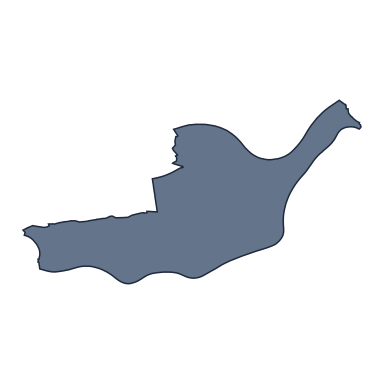 outline of Maasdriel, Gelderland, Netherlands
{"feature_id": "6326949B49943230563567", "entity_name": "Maasdriel", "entity_type": "district", "adm_level": 2, "iso_a3": "NLD", "parent_name": "Netherlands", "parent_adm1": "Gelderland", "projection": "robinson", "projection_center": [5.28, 51.786], "detail": "fine", "context": "isolated", "style": "filled", "palette": "slate", "viewbox_px": 384, "rotation_deg": 0, "n_neighbors": 0, "source": "geoboundaries", "source_scale": "gbopen_adm2", "svg_char_len": 5733}
<svg xmlns="http://www.w3.org/2000/svg" viewBox="0 0 384 384"><path d="M68.8,269.8L70.4,269.3L74.4,268.1L78.5,267.0L80.5,266.6L82.5,266.3L84.5,266.2L86.5,266.2L88.6,266.2L90.6,266.4L92.6,266.7L94.6,267.2L96.6,267.7L98.6,268.3L100.7,269.0L102.7,269.9L104.7,270.9L106.7,271.9L108.7,273.1L110.8,274.4L112.8,275.9L116.8,279.1L118.8,280.5L120.9,281.7L122.9,282.6L124.9,283.3L126.9,283.6L129.0,283.7L131.0,283.4L133.0,282.8L135.0,282.2L137.0,281.4L139.0,280.3L141.0,279.1L143.1,277.7L145.1,276.5L147.1,275.3L149.1,274.5L151.1,273.8L153.1,273.3L155.2,273.0L157.2,272.7L161.2,272.3L163.2,272.1L167.3,272.1L169.3,272.1L171.3,272.2L173.3,272.4L175.3,272.7L177.4,273.1L179.4,273.8L181.4,274.6L185.4,276.4L187.5,277.2L189.5,277.7L191.5,278.0L193.5,278.2L195.5,278.0L197.5,277.7L199.6,277.2L201.6,276.4L203.6,275.4L209.6,272.0L213.7,269.7L215.7,268.6L221.7,264.9L223.8,263.8L225.8,262.8L229.8,260.9L236.6,258.2L237.9,257.7L241.9,256.1L243.9,255.4L252.0,252.6L256.0,251.2L264.1,248.7L268.1,247.4L270.2,246.6L272.2,245.8L274.2,244.9L276.2,243.7L277.7,242.4L279.3,240.9L280.6,239.3L281.7,237.7L282.6,236.1L283.1,234.5L283.5,232.9L283.6,231.4L283.7,229.8L283.3,223.4L283.3,221.9L283.3,218.7L283.4,217.1L283.5,215.5L283.7,213.9L284.2,210.8L284.5,209.2L284.9,207.6L285.3,206.0L285.7,204.4L286.2,202.8L287.3,199.7L287.9,198.1L288.6,196.5L289.3,194.9L290.1,193.3L290.9,191.8L292.7,188.6L294.7,185.4L295.8,183.8L298.1,180.7L299.4,179.1L300.8,177.5L303.6,174.3L305.0,172.8L307.4,169.6L308.5,168.0L309.6,166.4L310.8,164.8L311.9,163.2L312.9,161.7L314.1,160.1L315.4,158.5L316.8,156.9L318.3,155.3L319.9,153.7L321.8,152.2L323.6,150.5L327.2,147.4L329.0,145.8L330.6,144.2L332.0,142.7L333.2,141.1L334.4,139.5L335.3,137.9L337.9,133.2L339.1,131.6L340.7,129.8L342.8,128.6L344.8,127.7L346.8,127.2L348.8,126.9L350.8,126.8L352.9,126.9L354.9,127.3L356.9,128.0L358.9,129.0L359.1,129.1L360.3,128.0L360.9,127.1L361.0,126.8L360.8,125.9L360.7,125.6L360.5,125.1L360.3,124.8L359.7,124.3L359.6,124.0L359.3,123.5L359.2,122.7L359.3,122.6L356.6,121.2L353.7,118.8L351.5,116.5L351.2,116.6L351.0,116.4L350.2,115.3L349.2,114.1L348.9,113.5L348.6,113.0L348.5,112.5L348.3,112.0L348.2,111.6L348.2,111.4L348.2,111.0L348.1,108.9L347.7,108.9L347.0,108.9L346.9,108.9L346.9,109.0L346.5,109.0L346.2,108.7L346.1,106.5L346.1,106.0L346.1,105.9L345.6,105.5L345.5,105.3L345.8,104.9L345.3,104.4L344.8,104.3L344.7,104.3L339.2,100.3L329.3,107.1L328.7,107.5L328.4,107.8L326.3,109.3L323.0,112.1L321.6,113.5L320.6,114.4L318.8,116.3L318.0,117.0L316.6,118.6L312.9,123.2L310.3,126.6L309.6,127.7L308.9,128.8L307.7,130.6L304.9,135.4L304.1,136.7L303.3,138.0L302.6,139.0L300.6,141.8L298.8,144.1L297.1,146.1L293.5,150.0L291.6,151.8L290.7,152.6L289.8,153.3L288.5,154.3L287.2,155.0L286.3,155.6L284.8,156.3L284.2,156.6L282.1,157.4L281.1,157.8L278.7,158.5L277.8,158.7L276.5,158.9L274.4,159.2L271.9,159.6L270.5,159.7L269.3,159.7L267.9,159.7L267.2,159.6L265.6,159.4L264.1,159.1L262.8,158.8L261.3,158.5L260.6,158.3L259.0,157.8L257.9,157.4L257.1,157.0L256.5,156.7L255.8,156.3L254.7,155.7L253.4,155.0L250.6,153.0L248.0,150.6L245.3,147.9L243.0,145.1L240.8,142.3L238.2,139.5L237.5,138.7L235.4,136.7L231.8,133.8L226.7,130.4L220.8,127.8L214.8,125.9L205.5,124.4L196.1,124.3L188.6,125.0L181.8,126.8L176.8,128.4L173.6,129.3L177.5,135.3L177.8,135.9L176.7,136.8L176.0,136.5L175.8,136.7L175.4,138.6L175.2,140.0L175.0,140.7L174.9,141.7L174.9,141.9L175.0,142.1L175.2,143.5L175.4,144.3L175.4,144.8L175.4,145.0L175.1,145.2L174.4,146.1L173.6,147.1L173.1,147.6L172.7,147.9L172.4,148.3L172.7,148.9L173.0,149.5L174.0,151.0L174.2,151.3L175.5,152.6L175.9,153.1L176.2,153.5L176.5,153.8L176.9,154.2L177.1,154.3L177.3,154.6L177.5,155.1L175.7,155.8L175.5,156.0L175.8,156.3L176.7,157.7L176.7,158.1L176.6,159.5L176.5,160.6L176.4,160.8L176.4,161.0L176.1,161.2L175.0,161.8L174.3,162.1L173.1,162.8L172.6,163.3L174.8,164.1L180.0,165.7L181.8,166.2L182.6,166.3L183.0,167.4L182.7,167.5L182.3,167.7L181.9,167.8L181.5,167.6L181.2,167.7L180.4,168.0L179.3,168.5L177.4,169.5L177.2,169.7L174.1,171.4L172.3,172.4L171.2,172.9L168.7,174.0L166.1,175.1L164.8,175.6L162.4,176.4L161.4,176.7L159.5,177.2L157.4,177.7L154.7,178.3L153.2,178.6L152.5,178.7L152.3,178.8L152.6,180.4L153.5,186.4L153.5,186.8L154.5,193.1L154.9,195.5L154.9,196.2L155.2,198.3L155.5,200.1L155.6,200.6L155.8,202.3L156.0,203.5L156.3,205.4L156.7,207.9L157.2,211.9L146.9,211.3L146.9,212.8L146.6,212.8L146.2,213.0L145.5,213.0L142.8,212.7L141.7,213.0L141.3,213.0L141.0,213.0L132.0,215.2L131.6,215.4L128.4,217.1L127.8,217.3L126.1,217.4L121.0,217.7L120.9,217.6L117.0,217.8L116.5,217.8L116.3,217.7L115.7,217.7L115.4,217.7L114.9,217.4L113.1,216.4L112.5,216.2L112.2,216.1L111.9,216.1L111.6,216.1L109.9,216.4L109.6,216.5L109.3,216.6L108.3,217.2L107.8,217.4L106.1,218.2L105.6,218.3L105.1,218.4L103.5,218.4L102.7,218.5L99.0,219.1L96.8,219.3L96.8,219.5L89.8,220.6L87.6,221.1L86.9,221.3L79.5,222.0L75.2,220.8L73.4,220.8L70.6,220.8L70.2,220.9L67.8,221.5L64.1,221.8L62.7,222.1L59.6,222.7L58.9,222.8L54.3,224.1L54.2,224.1L53.6,223.9L53.4,223.9L52.6,223.9L48.5,224.0L49.2,225.8L47.3,226.8L46.9,227.0L45.9,227.2L44.7,227.3L44.0,227.4L42.9,227.3L41.8,227.1L41.1,227.0L35.3,226.1L32.8,225.6L27.7,227.7L27.8,227.8L23.0,230.1L25.2,232.4L24.3,235.3L25.7,235.6L26.6,236.0L27.5,236.3L28.5,236.7L29.7,237.4L30.8,238.1L31.5,238.6L32.6,239.6L33.2,240.1L35.1,242.4L36.5,244.1L36.9,244.8L37.3,245.4L38.2,247.1L38.6,247.9L39.2,249.4L39.6,251.2L39.7,252.2L39.8,253.6L39.8,253.8L39.8,254.7L39.7,255.4L39.6,256.1L39.3,257.0L39.1,259.1L38.0,259.2L38.2,260.1L38.3,260.6L38.2,260.8L38.1,261.1L38.0,262.1L38.8,262.2L39.8,269.0L43.0,269.8L46.4,270.8L47.7,271.1L49.6,271.5L51.6,271.8L52.3,271.9L53.5,271.9L54.4,271.9L55.8,271.9L57.3,271.7L59.7,271.4L63.6,270.8L65.6,270.4L68.8,269.8Z" fill="#64748b" stroke="#1e293b" stroke-width="1.5"/></svg>